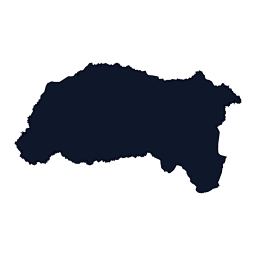 Senangkhanikhom, Amnat Charoen, Thailand
{"feature_id": "78962969B182385267454", "entity_name": "Senangkhanikhom", "entity_type": "district", "adm_level": 2, "iso_a3": "THA", "parent_name": "Thailand", "parent_adm1": "Amnat Charoen", "projection": "natural_earth1", "projection_center": [104.697, 16.044], "detail": "fine", "context": "isolated", "style": "filled", "palette": "ink", "viewbox_px": 256, "rotation_deg": 0, "n_neighbors": 0, "source": "geoboundaries", "source_scale": "gbopen_adm2", "svg_char_len": 5777}
<svg xmlns="http://www.w3.org/2000/svg" viewBox="0 0 256 256"><path d="M222.6,83.8L221.4,85.8L220.5,86.3L218.9,86.2L218.1,87.1L217.2,87.1L215.9,86.1L214.7,86.9L213.1,85.3L211.3,81.9L210.6,81.9L209.5,80.8L206.9,80.3L205.1,79.4L204.1,76.8L204.2,75.8L202.8,74.6L201.5,72.0L200.7,72.0L199.7,71.3L199.2,72.5L198.2,72.0L196.3,72.3L197.0,73.9L195.8,74.6L195.3,74.4L194.7,75.8L192.6,76.5L192.7,77.0L191.6,78.6L191.4,78.3L190.6,79.0L189.7,78.4L189.2,79.4L188.9,79.1L188.0,79.8L186.6,79.9L186.1,79.3L183.6,80.5L181.3,80.0L181.3,80.9L179.4,79.7L178.8,80.3L178.5,79.7L177.4,80.1L177.3,79.7L176.9,80.3L176.0,80.4L173.1,79.9L173.0,80.5L172.3,80.6L172.0,79.9L169.8,81.1L169.3,80.6L168.3,81.1L167.9,80.6L167.2,81.1L166.4,80.7L164.7,81.9L162.6,79.4L159.4,79.8L158.3,79.3L157.8,77.2L152.3,76.1L148.0,75.8L146.0,73.7L145.2,71.5L141.8,72.2L139.9,70.8L138.9,71.3L137.1,70.5L135.0,70.8L134.0,69.4L132.5,69.8L131.4,68.1L130.4,67.8L128.9,66.1L128.2,66.0L127.3,67.0L126.8,66.8L125.7,67.9L123.5,67.4L122.3,68.0L121.1,66.4L120.2,66.7L119.6,65.4L118.7,65.3L119.0,64.5L118.6,64.1L118.2,64.3L117.3,63.7L116.9,64.2L116.5,63.6L115.3,64.1L112.7,66.3L111.1,65.1L110.1,66.0L105.5,63.7L104.2,64.4L101.6,64.4L101.3,64.0L100.9,64.9L100.4,64.6L100.0,65.3L98.3,64.0L97.6,65.0L97.5,65.8L96.8,65.2L96.0,65.8L94.7,65.0L93.2,66.1L91.8,64.8L91.7,63.5L89.8,63.7L87.8,66.3L85.8,67.7L84.0,70.3L82.9,70.9L82.8,71.5L80.9,71.0L77.9,72.6L77.6,73.7L78.7,74.3L77.9,75.3L77.3,74.4L76.1,73.9L74.1,76.4L72.4,77.1L68.5,77.0L59.8,82.6L54.9,82.7L51.7,82.1L47.8,83.9L46.5,86.3L45.0,92.2L41.4,95.7L41.3,96.3L41.6,96.6L41.1,96.9L41.1,97.5L41.4,98.3L40.6,99.5L39.3,100.3L39.3,101.8L37.6,102.8L38.2,104.2L36.8,104.5L36.2,105.2L35.7,105.0L35.4,106.3L34.4,106.1L34.2,107.7L33.1,109.3L34.0,110.3L33.7,110.7L34.0,110.9L31.4,115.4L31.4,116.3L30.4,116.7L29.8,116.4L29.4,117.4L28.3,117.8L29.3,118.9L29.3,119.5L28.0,120.4L28.4,121.3L29.1,121.2L28.1,122.3L29.3,123.1L29.4,123.8L29.8,123.9L29.3,124.7L30.2,127.0L30.0,128.0L29.7,128.4L26.6,129.1L26.2,130.1L26.8,130.5L25.7,133.7L25.2,132.6L24.0,133.2L23.2,132.5L23.1,133.3L22.5,133.2L23.2,133.9L22.5,134.4L22.9,135.0L22.5,136.1L21.1,136.2L20.8,138.2L20.4,138.4L19.9,137.9L19.1,139.4L18.0,139.9L17.8,141.5L16.9,142.3L15.9,142.2L15.4,143.5L17.1,144.7L17.5,147.6L18.8,147.7L18.5,148.8L20.5,150.9L21.6,150.9L21.1,152.0L22.3,152.5L21.8,153.3L21.7,154.9L21.0,154.7L20.5,156.1L21.5,156.6L22.6,158.0L23.6,157.5L24.4,157.9L24.4,158.7L25.8,159.7L25.6,160.5L26.6,161.1L27.1,161.0L27.1,159.9L27.6,159.9L27.8,160.8L29.4,161.8L29.4,162.9L30.0,163.9L30.4,163.8L30.7,162.7L31.4,162.7L33.0,164.0L34.4,164.5L36.1,163.5L35.9,161.5L37.0,161.6L37.5,160.7L38.1,161.3L38.8,161.1L40.3,161.8L41.1,162.8L41.9,162.7L42.6,161.9L43.7,162.6L44.4,162.3L45.1,163.0L45.6,162.0L46.7,161.7L46.2,160.4L48.4,159.8L49.1,158.9L48.9,156.1L50.2,156.2L51.2,154.2L52.1,154.8L54.1,154.1L54.2,153.1L53.3,152.3L54.9,151.2L55.8,151.5L55.4,152.4L55.7,152.8L57.3,152.0L58.5,152.1L59.8,151.0L60.6,151.8L61.4,151.9L61.6,153.4L62.5,155.5L64.0,156.2L65.8,155.9L65.7,158.0L67.9,158.0L69.0,159.8L70.4,159.9L71.9,160.6L72.9,161.9L74.1,161.7L75.5,163.0L79.1,163.1L80.7,161.5L82.2,161.9L83.3,160.3L84.1,161.9L85.6,162.0L86.2,160.9L87.2,160.5L87.8,161.9L86.9,162.9L87.0,163.7L89.8,164.6L92.0,163.8L92.7,163.0L93.0,161.4L96.5,159.5L98.6,161.6L101.8,159.4L102.9,159.7L103.4,161.2L105.7,160.1L105.9,161.9L108.3,161.3L109.4,161.6L110.8,159.4L112.5,160.0L113.2,159.2L114.1,160.0L115.5,158.6L116.5,159.2L117.9,159.1L118.6,158.6L118.8,157.6L119.7,157.4L120.8,156.0L121.2,156.7L121.8,156.2L122.5,157.3L124.1,157.3L126.4,156.3L128.3,157.0L128.5,156.5L129.4,156.5L129.3,155.7L130.6,156.3L131.1,155.2L131.4,155.6L133.7,156.0L134.5,156.8L135.2,156.5L135.5,157.1L137.4,155.1L138.3,155.6L138.5,155.2L138.8,155.5L139.2,155.2L141.8,156.4L142.3,155.5L142.6,156.1L143.3,156.1L142.9,154.8L143.7,154.1L144.6,155.1L145.5,155.2L147.1,151.5L148.9,152.2L150.4,151.9L151.0,153.0L151.6,153.0L151.6,153.7L152.5,153.9L152.3,154.6L152.9,155.9L154.0,155.7L155.0,157.0L156.4,157.2L157.2,158.1L158.6,157.9L159.1,158.8L160.6,159.4L161.4,161.5L161.1,162.2L162.0,167.7L164.4,169.9L164.7,170.9L166.8,170.6L168.4,171.5L168.6,172.4L169.8,172.4L173.2,169.7L175.3,166.3L175.7,164.7L178.4,164.6L180.7,165.4L180.6,163.7L181.5,165.5L182.3,166.0L183.2,168.2L185.4,169.3L187.3,171.5L187.2,172.9L188.6,175.8L190.1,177.2L191.0,178.9L190.9,181.3L192.8,183.0L194.8,184.0L197.4,186.7L196.4,189.3L196.7,190.4L198.6,192.0L201.9,192.5L202.6,191.9L203.2,192.3L204.2,191.5L205.1,191.8L208.3,191.0L211.5,189.2L212.2,188.2L215.0,187.6L215.6,187.0L216.9,187.2L217.0,186.5L218.6,185.6L217.5,183.1L217.4,181.5L218.2,180.5L221.2,172.2L221.8,167.6L222.3,167.4L222.1,165.0L222.4,163.5L224.0,162.5L224.7,160.3L224.3,159.3L225.0,158.9L224.9,158.2L225.8,157.2L220.0,155.6L217.8,153.5L217.4,150.1L217.5,143.9L219.0,132.3L216.1,126.5L217.2,125.8L217.7,126.0L218.2,125.0L219.6,124.7L220.2,124.1L221.0,124.2L221.5,123.6L221.4,123.1L222.0,121.9L221.7,120.8L222.1,120.5L223.1,121.0L223.2,120.1L224.3,120.1L224.2,119.7L224.7,119.4L224.4,118.7L224.8,117.6L224.4,117.2L224.8,116.7L224.3,116.5L224.0,115.4L224.4,114.9L224.3,113.8L225.0,113.7L225.3,111.9L224.3,110.8L224.6,110.1L224.2,108.4L224.9,107.3L224.1,106.3L224.2,105.6L225.4,105.3L227.1,105.5L227.6,105.1L228.0,105.4L227.9,105.0L228.5,104.8L229.0,105.0L229.1,104.2L229.4,104.5L229.5,103.8L230.2,103.5L230.1,103.0L231.2,103.1L232.5,102.0L233.0,102.3L234.2,101.8L234.3,102.2L234.6,101.3L234.8,102.0L235.5,101.7L237.9,103.0L239.2,102.4L239.4,102.9L240.6,102.1L240.4,99.3L239.4,98.6L239.3,97.8L238.7,98.5L238.6,96.4L236.4,96.7L235.1,94.4L233.5,93.4L232.8,93.5L232.5,91.8L231.5,91.3L230.8,89.2L228.6,89.0L228.4,87.8L227.7,87.3L228.1,86.5L226.2,86.8L225.8,86.0L225.0,86.1L224.5,86.9L224.0,86.4L224.1,85.3L223.5,84.1L222.6,83.8Z" fill="#0f172a" stroke="#020617" stroke-width="1.5"/></svg>